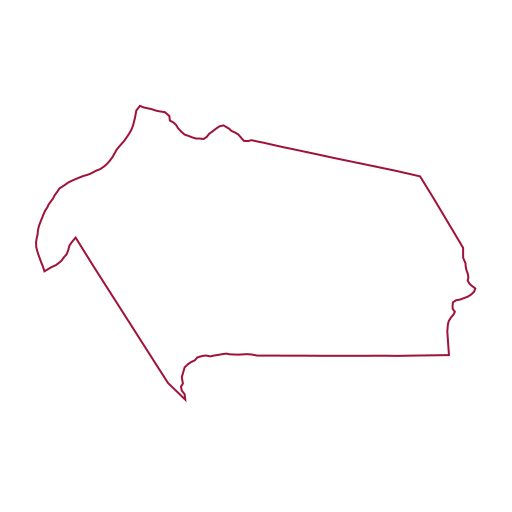 the district of Santa Izabel do Pará, Pará, Brazil, rotated 92°
{"feature_id": "56859067B15714421948478", "entity_name": "Santa Izabel do Pará", "entity_type": "district", "adm_level": 2, "iso_a3": "BRA", "parent_name": "Brazil", "parent_adm1": "Pará", "projection": "natural_earth1", "projection_center": [-48.143, -1.368], "detail": "fine", "context": "isolated", "style": "outline", "palette": "rose", "viewbox_px": 512, "rotation_deg": 92, "n_neighbors": 0, "source": "geoboundaries", "source_scale": "gbopen_adm2", "svg_char_len": 1960}
<svg xmlns="http://www.w3.org/2000/svg" viewBox="0 0 512 512"><g transform="rotate(92 256 256)"><path d="M110.0,377.2L114.8,380.7L122.3,381.8L125.4,382.5L128.5,383.1L131.6,384.0L135.3,385.5L139.1,387.6L145.8,391.9L149.6,395.1L154.6,399.0L161.7,402.6L165.7,405.3L169.2,408.2L172.2,411.4L174.7,414.9L176.4,418.9L179.5,424.2L181.0,428.0L182.1,431.5L184.4,436.7L187.1,442.5L189.2,446.3L192.1,450.1L195.3,454.8L198.5,456.7L202.4,459.4L205.7,460.9L211.8,465.1L214.8,466.3L217.5,468.0L220.6,469.4L230.3,472.9L234.5,474.2L237.9,474.8L241.6,475.0L245.9,475.8L250.1,476.3L254.9,475.9L260.5,474.2L270.0,470.4L273.4,468.8L278.7,466.9L274.3,460.1L272.0,455.5L269.7,452.7L267.3,450.1L263.8,447.8L260.9,445.3L256.5,443.8L252.0,442.8L248.1,440.2L243.9,436.9L271.0,418.7L350.9,363.7L372.4,348.9L386.1,339.4L402.0,321.7L396.7,322.5L392.9,325.6L389.0,326.4L386.1,324.6L379.8,325.9L376.7,325.2L369.7,323.4L366.4,320.1L364.4,317.4L362.4,313.5L359.4,311.1L357.9,306.6L357.2,302.7L357.9,297.9L356.9,294.4L356.2,290.4L355.3,286.5L354.6,282.3L355.2,278.6L355.2,270.2L354.4,261.7L354.6,256.8L355.5,251.3L354.0,206.6L353.3,181.7L351.1,121.3L350.9,111.3L350.2,98.2L348.3,59.7L324.6,62.2L317.3,61.8L314.1,61.0L310.5,58.9L307.7,56.6L304.8,55.3L302.0,57.6L298.5,57.8L295.5,57.6L293.2,54.5L292.5,50.8L289.3,43.0L287.2,39.9L284.1,36.8L280.8,35.7L278.9,38.4L276.4,41.6L273.2,43.6L270.1,43.0L266.4,43.7L263.1,45.1L259.6,46.0L255.9,46.4L250.7,48.9L240.6,49.3L192.5,80.3L170.7,94.8L165.9,119.6L155.2,182.1L147.6,224.7L146.7,230.3L145.6,236.3L142.4,253.0L141.6,258.2L140.4,264.4L141.4,267.9L141.4,272.1L135.1,278.0L133.4,281.1L131.9,284.8L129.6,287.5L126.6,293.1L127.7,297.1L130.3,300.6L132.6,303.3L135.5,307.1L138.7,309.4L140.9,312.5L140.6,316.4L140.7,320.2L139.5,324.4L138.3,327.7L137.2,331.5L134.4,335.0L131.1,338.3L127.7,340.5L125.4,343.2L123.7,346.8L119.1,347.5L115.4,352.1L114.8,357.6L114.1,361.4L112.8,365.7L111.5,373.2L110.0,377.2Z" fill="none" stroke="#9f1239" stroke-width="2"/></g></svg>